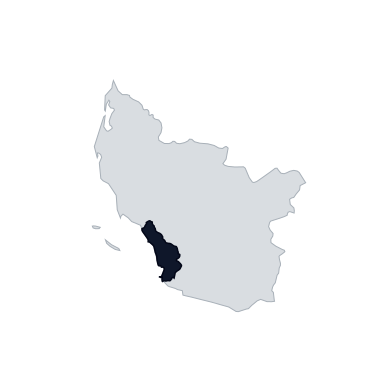 Atlántida on a map of Honduras (Equal Earth projection), rotated 241°
{"feature_id": "HND-637", "entity_name": "Atlántida", "entity_type": "Department", "adm_level": 1, "iso_a3": "HND", "parent_name": "Honduras", "parent_adm1": "", "projection": "equal_earth", "projection_center": [-87.125, 15.681], "detail": "fine", "context": "in_parent", "style": "filled", "palette": "ink", "viewbox_px": 384, "rotation_deg": 241, "n_neighbors": 0, "source": "natural_earth", "source_scale": "10m", "svg_char_len": 4604}
<svg xmlns="http://www.w3.org/2000/svg" viewBox="0 0 384 384"><g transform="rotate(241 192 192)"><path d="M327.6,177.3L316.3,176.4L311.0,178.2L308.7,182.3L306.8,184.1L305.1,183.7L301.7,185.3L296.7,189.0L292.1,190.3L288.0,189.5L286.8,190.3L286.5,191.5L285.9,192.7L284.3,193.3L282.5,193.0L280.4,191.7L279.3,192.3L279.2,194.6L278.1,195.3L276.0,194.1L273.7,195.0L271.1,197.8L267.4,198.4L262.7,196.8L259.0,193.7L256.4,189.2L253.2,188.1L247.8,191.4L245.5,195.4L245.1,197.8L245.6,199.9L244.6,201.4L242.1,202.1L240.1,204.8L238.8,209.4L238.6,213.0L239.4,215.5L238.1,217.4L234.8,218.5L230.9,222.5L226.4,229.3L221.9,234.0L217.5,236.7L215.3,239.7L215.5,243.0L215.2,244.0L214.3,244.4L212.9,244.9L204.2,237.7L201.8,232.8L199.6,233.5L196.9,236.0L193.1,241.6L189.0,249.3L187.0,250.1L176.8,249.0L171.4,249.6L170.3,250.7L169.8,253.5L170.1,257.2L171.6,270.6L172.4,276.2L171.6,277.9L168.9,278.2L165.3,278.9L163.3,281.5L162.9,284.1L162.7,287.7L161.6,291.5L159.3,294.2L157.2,295.2L145.0,295.9L145.2,289.7L141.7,287.1L139.7,282.0L137.9,278.4L138.5,276.3L138.3,273.8L133.4,271.9L128.7,273.4L126.0,272.4L124.1,271.1L127.5,268.0L127.7,266.2L126.6,264.8L125.5,263.9L125.8,260.4L126.5,256.3L128.4,246.7L127.7,245.1L124.6,242.2L120.7,241.9L116.4,242.8L114.3,241.3L112.4,238.0L109.4,236.5L103.9,239.1L98.1,243.0L96.3,244.5L94.8,244.3L94.2,241.3L93.9,237.8L93.5,236.9L90.4,235.7L86.8,234.8L85.0,233.8L83.3,231.5L79.0,228.4L78.0,226.1L72.2,220.8L71.1,218.2L69.7,216.3L67.0,213.9L64.8,214.5L57.5,211.5L56.4,211.2L57.4,208.6L59.7,204.5L64.8,200.0L65.2,196.3L63.9,189.3L62.6,184.8L63.3,182.7L64.9,174.5L66.2,172.6L73.4,168.5L74.1,167.9L79.8,162.1L86.2,155.7L92.8,148.6L100.2,140.7L104.3,136.1L106.2,134.1L110.4,135.7L113.7,132.0L115.7,130.7L120.2,126.3L121.6,125.3L129.1,123.4L132.8,123.5L136.0,128.0L138.5,130.5L143.3,128.4L147.3,127.9L163.8,132.1L170.3,130.3L182.4,129.9L187.8,130.9L195.4,124.9L200.3,123.7L206.1,120.9L205.3,118.1L203.9,116.8L212.7,118.0L225.8,124.1L239.8,123.0L244.8,119.7L248.0,118.8L262.3,125.0L266.1,129.8L269.1,130.3L271.4,129.2L272.0,128.2L269.1,127.2L267.9,125.7L279.1,128.6L300.5,151.2L300.9,153.1L291.8,146.4L287.0,146.9L285.8,148.0L286.1,151.6L286.5,153.3L288.6,153.5L290.1,152.6L293.8,153.7L296.3,156.2L299.4,159.9L301.2,163.9L303.1,164.0L305.0,161.6L308.6,161.3L311.0,164.0L312.6,163.8L310.3,159.6L304.8,155.4L306.1,155.3L318.3,162.8L321.7,172.3L324.6,174.4L327.6,177.3ZM185.0,96.0L178.0,100.6L175.8,100.5L179.0,97.0L184.2,94.0L188.5,92.5L192.1,93.1L185.0,96.0ZM208.9,91.2L205.6,94.6L205.0,93.0L206.6,89.9L208.5,88.1L210.5,88.3L210.0,89.6L208.9,91.2Z" fill="#d9dde1" stroke="#a8b0b8" stroke-width="1"/><path d="M128.0,122.8L128.2,122.7L129.0,122.9L129.8,123.2L131.7,124.7L132.4,124.8L132.4,124.4L132.0,123.9L132.4,123.2L133.9,122.0L133.1,123.5L132.8,124.4L133.2,124.8L133.4,125.2L137.5,130.0L138.8,130.8L140.2,130.4L140.5,130.1L140.9,129.1L141.1,128.8L141.5,128.8L142.7,128.9L142.9,128.6L143.2,127.6L143.8,127.1L144.7,127.0L149.2,128.3L153.1,130.1L157.2,130.7L161.8,132.1L163.4,132.3L165.0,132.0L167.7,131.0L168.5,130.8L168.6,130.7L169.3,129.9L169.5,129.8L169.7,129.5L170.3,129.8L170.8,130.2L171.0,130.4L172.8,130.6L181.4,129.6L182.8,129.7L184.1,130.4L184.2,130.5L184.2,131.0L183.9,131.0L183.9,131.4L183.9,131.7L184.0,132.0L184.1,132.9L184.2,133.3L184.5,133.8L185.1,134.5L185.5,135.0L186.0,136.4L186.1,136.7L186.6,136.9L186.8,137.1L187.2,137.0L187.4,137.2L187.5,137.4L187.6,138.8L187.6,140.1L187.4,140.9L187.0,141.4L185.9,141.9L185.0,142.7L184.0,142.1L182.8,141.9L181.7,142.0L181.4,142.1L181.1,142.3L180.8,142.4L180.4,142.3L179.9,142.1L179.5,142.0L177.9,142.1L176.3,141.6L175.6,141.4L175.1,141.5L174.1,141.9L173.2,142.4L171.4,143.8L170.3,144.3L169.4,144.6L168.0,144.6L167.4,144.7L166.5,144.4L166.0,143.5L162.9,144.6L160.9,144.5L160.1,144.7L158.5,146.5L157.8,147.6L157.4,148.0L156.6,148.6L153.7,149.9L152.4,151.2L152.0,151.7L151.8,151.8L150.0,151.8L146.9,150.8L146.4,150.9L146.0,150.8L145.6,150.4L145.1,150.1L144.8,150.1L144.5,150.2L144.2,150.4L144.0,150.5L143.8,150.7L143.6,150.9L143.3,151.0L143.1,150.9L142.8,150.8L142.2,150.4L141.8,150.1L141.5,149.8L141.2,149.3L140.9,148.7L140.7,147.2L140.7,146.4L140.6,145.8L139.9,145.2L139.5,145.1L139.2,145.3L137.5,146.5L136.9,146.4L135.1,147.1L133.1,147.3L132.4,146.9L130.7,144.4L130.6,144.1L130.4,143.7L130.2,141.9L130.2,141.1L129.8,139.0L129.3,137.9L128.6,137.4L125.4,134.6L126.0,134.4L126.4,134.1L126.7,133.5L126.7,132.8L126.5,132.3L126.3,132.0L125.9,132.1L125.7,131.3L125.1,130.3L125.1,129.7L125.3,129.2L126.0,128.3L126.3,127.7L126.7,126.3L127.0,125.7L127.4,125.1L127.9,124.8L128.1,124.2L128.0,122.8Z" fill="#0f172a" stroke="#020617" stroke-width="1.5"/></g></svg>